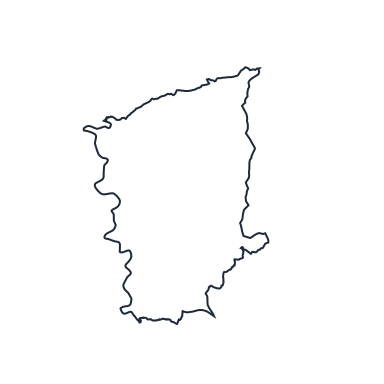 Mohale's Hoek, Mohale's Hoek, Lesotho (Natural Earth projection), rotated 325°
{"feature_id": "5366337B50833634565448", "entity_name": "Mohale's Hoek", "entity_type": "district", "adm_level": 2, "iso_a3": "LSO", "parent_name": "Lesotho", "parent_adm1": "Mohale's Hoek", "projection": "natural_earth1", "projection_center": [27.441, -30.145], "detail": "fine", "context": "isolated", "style": "outline", "palette": "slate", "viewbox_px": 384, "rotation_deg": 325, "n_neighbors": 0, "source": "geoboundaries", "source_scale": "gbopen_adm2", "svg_char_len": 5969}
<svg xmlns="http://www.w3.org/2000/svg" viewBox="0 0 384 384"><g transform="rotate(325 192 192)"><path d="M225.4,277.2L226.3,276.2L227.0,274.9L227.4,273.5L228.3,267.8L226.2,267.2L223.4,264.1L221.0,263.4L218.4,263.2L213.3,263.1L209.0,257.6L210.3,253.6L212.9,247.4L213.6,245.0L216.4,243.8L217.8,243.0L221.3,239.1L223.6,237.1L224.8,236.3L230.7,235.3L231.0,230.5L232.9,227.0L235.1,225.4L237.3,223.0L240.1,221.2L240.5,218.8L241.5,215.1L246.7,213.0L248.1,211.6L250.0,208.4L251.8,206.5L256.0,200.7L257.9,198.9L260.4,198.0L261.3,196.8L265.4,194.3L267.7,193.2L268.7,192.2L269.8,181.6L269.8,174.8L273.9,172.3L276.3,169.0L277.8,165.3L279.5,163.3L280.1,162.1L281.3,159.4L282.4,150.1L284.5,149.6L286.8,149.4L287.8,147.6L289.9,146.2L292.3,145.6L294.1,142.6L296.9,139.9L299.4,138.5L301.0,134.8L302.9,133.7L305.4,133.3L313.9,133.7L316.0,132.1L316.7,129.8L318.2,129.4L316.0,128.2L313.7,128.2L312.6,126.7L309.3,125.4L309.1,123.2L308.1,121.5L307.2,120.4L304.7,120.8L301.7,120.7L296.8,122.7L295.7,122.7L292.4,121.5L289.9,120.3L288.4,119.4L287.4,118.6L284.6,117.2L283.1,116.2L280.4,115.0L278.9,113.8L277.6,113.5L276.6,113.8L275.1,114.6L274.0,114.4L273.6,113.1L272.6,112.0L271.4,111.1L271.0,109.6L270.2,108.8L268.8,108.4L268.3,111.0L268.3,113.0L266.3,112.7L260.9,110.3L259.8,111.0L258.2,110.9L256.4,110.2L253.3,109.8L248.4,107.9L246.8,107.1L244.4,105.4L242.9,103.9L242.0,103.4L240.0,101.3L237.8,100.0L234.6,101.9L232.5,102.1L232.2,101.9L231.2,99.6L231.0,99.4L230.0,99.3L229.8,99.0L228.2,97.6L225.3,97.5L221.3,96.0L217.2,95.8L216.6,95.5L215.8,94.8L214.5,94.5L213.9,94.2L213.2,92.8L212.7,92.6L212.0,92.7L210.0,93.5L207.7,93.4L202.7,92.5L198.3,92.9L197.3,92.4L195.4,92.2L194.2,91.6L192.3,92.3L190.1,92.3L189.1,92.6L186.8,92.5L185.3,93.1L184.1,92.9L183.1,93.0L180.4,93.9L179.9,94.2L179.5,93.8L179.0,92.3L176.7,91.2L175.1,91.6L174.9,91.4L173.5,91.1L171.7,89.7L171.2,88.9L171.4,88.5L171.2,87.6L170.0,84.8L169.2,84.3L168.8,83.6L168.1,83.8L167.2,83.4L166.5,82.5L166.1,82.4L165.7,82.7L165.6,82.2L165.1,81.9L163.5,82.6L163.6,83.4L163.4,83.6L163.2,83.3L162.4,83.3L161.4,83.0L160.6,83.1L164.1,87.9L164.5,89.4L164.1,90.5L163.3,91.2L162.4,91.8L161.2,92.1L160.3,91.7L159.7,91.0L158.5,88.7L157.7,88.1L152.7,86.7L150.4,85.8L148.8,83.5L147.3,81.0L145.6,78.9L144.1,78.1L142.5,77.7L140.0,77.8L139.2,78.5L138.8,79.5L139.1,80.0L141.1,81.9L143.3,84.7L145.3,88.1L145.7,89.1L145.8,90.1L145.4,91.3L144.5,92.4L140.3,96.5L138.0,103.6L137.0,108.1L137.7,111.2L138.7,113.1L140.7,115.0L141.3,116.1L141.5,117.3L140.6,118.4L138.6,119.2L136.6,119.5L135.5,119.8L134.7,120.6L131.2,124.9L127.9,129.4L126.5,130.1L125.1,130.4L118.5,129.6L117.6,129.7L116.6,130.2L116.0,131.1L115.4,133.5L115.6,137.0L116.3,140.4L117.0,141.9L118.1,143.1L119.6,144.1L124.1,146.2L126.1,147.4L126.9,148.2L127.4,149.3L128.1,152.2L128.3,154.3L128.3,156.3L127.9,157.8L127.2,158.8L125.8,160.2L123.8,161.1L122.4,161.4L120.5,161.4L117.1,160.9L115.6,161.0L115.1,162.1L115.2,164.0L115.1,165.4L111.4,170.9L110.8,174.3L110.5,175.4L109.8,176.0L107.9,177.2L106.9,177.7L104.6,178.0L100.4,177.4L98.5,177.2L96.7,177.3L95.0,178.1L94.3,178.8L94.2,179.5L94.3,180.0L94.6,180.7L95.7,181.8L96.2,182.1L100.1,187.7L102.8,190.5L103.3,191.5L103.1,193.2L102.5,194.2L98.5,199.6L98.9,200.5L100.3,201.5L101.7,202.0L104.4,202.6L106.2,203.3L107.0,203.8L107.3,204.7L107.3,205.4L106.6,207.8L105.3,210.1L103.9,211.2L100.8,212.5L96.0,213.5L94.9,214.6L94.7,215.8L95.7,219.8L95.8,221.2L95.8,222.6L95.3,223.5L94.3,224.1L90.2,224.6L88.7,225.3L83.2,228.1L82.2,229.1L81.5,230.4L81.0,232.4L81.1,234.0L81.9,238.3L81.4,243.6L81.2,244.6L80.8,245.2L77.7,248.4L76.4,248.9L74.6,248.8L73.7,248.5L72.0,247.5L70.4,246.8L68.2,246.2L67.1,246.2L66.5,246.6L66.1,248.1L65.8,250.3L66.1,251.9L66.5,252.7L67.2,253.2L68.7,253.7L71.7,254.3L72.9,254.8L73.6,255.6L73.7,256.5L73.5,258.9L73.8,260.9L73.9,265.0L74.3,267.1L74.2,268.9L75.0,269.2L75.4,268.5L75.8,268.4L75.6,267.7L75.4,267.5L75.5,267.4L76.1,267.8L76.4,267.7L76.3,267.0L75.6,266.6L75.9,266.4L76.0,266.5L76.2,266.2L76.2,265.6L76.4,265.5L77.0,265.5L78.3,266.0L79.0,266.8L80.0,266.8L80.1,267.3L81.6,268.2L82.1,269.1L82.4,269.3L82.4,270.3L82.9,271.1L82.9,271.3L84.2,271.8L84.8,272.5L85.4,272.8L85.7,273.9L86.2,274.8L86.9,275.2L87.4,275.8L88.1,275.9L88.4,276.1L88.4,276.3L88.7,276.5L89.1,276.6L89.1,276.8L90.7,277.3L91.0,277.3L91.0,277.5L91.8,277.8L92.1,277.7L92.2,278.1L92.9,278.4L94.8,278.9L95.1,278.8L96.7,280.5L97.3,280.7L97.5,281.0L97.5,281.6L98.6,282.0L98.7,282.4L99.1,282.7L99.5,282.5L101.0,284.2L100.6,285.3L100.6,285.8L101.2,286.4L101.3,287.1L102.4,288.2L103.8,291.4L104.2,291.5L106.2,290.2L106.6,289.8L107.9,289.0L108.1,289.7L108.4,289.9L109.1,289.5L110.4,289.5L110.6,289.3L110.6,289.1L111.8,288.4L112.9,288.1L113.2,287.4L115.1,285.4L115.6,284.4L116.0,284.2L117.2,285.9L118.3,287.2L119.4,288.1L124.0,290.4L128.2,291.9L130.0,292.7L131.3,293.5L132.7,294.6L134.3,296.4L135.6,298.2L136.6,300.4L138.8,306.3L139.4,303.1L139.5,296.9L139.7,295.6L140.0,294.7L139.9,293.9L140.9,292.0L144.2,287.1L144.5,286.3L144.9,284.7L144.9,283.1L145.3,282.7L148.9,281.6L149.8,281.2L151.0,279.9L151.8,279.5L152.5,279.9L153.5,279.5L154.2,280.0L154.9,281.9L155.5,282.9L157.3,285.2L158.8,286.6L159.5,287.0L161.4,286.7L162.5,285.6L162.8,285.9L163.4,286.1L165.0,285.0L165.7,284.3L166.6,283.4L166.9,282.4L168.2,280.8L168.4,280.3L168.4,279.8L168.6,279.5L169.6,278.4L170.1,277.7L171.4,276.5L172.2,276.0L174.4,277.2L178.0,277.2L178.7,277.5L179.2,277.3L179.8,277.6L180.8,277.1L181.4,276.5L182.3,276.8L183.5,276.3L184.5,276.6L184.6,276.0L185.6,275.8L185.9,275.2L186.4,274.9L187.3,273.5L187.5,272.3L188.3,271.6L191.5,274.3L192.5,274.2L192.9,274.4L193.7,274.4L194.4,274.9L195.8,275.1L196.3,274.8L196.9,273.4L197.7,272.4L199.9,270.6L200.1,269.4L200.5,268.3L200.5,267.8L200.4,267.1L199.8,266.0L200.3,265.9L200.7,266.1L201.0,265.8L201.4,265.9L201.8,266.2L201.8,266.8L201.3,268.0L201.4,268.5L202.8,270.3L204.8,276.4L207.0,275.6L209.8,278.1L210.7,278.1L213.3,277.5L214.6,278.2L216.0,277.7L218.1,278.4L222.1,276.4L224.0,276.6L225.4,277.2Z" fill="none" stroke="#1e293b" stroke-width="2"/></g></svg>